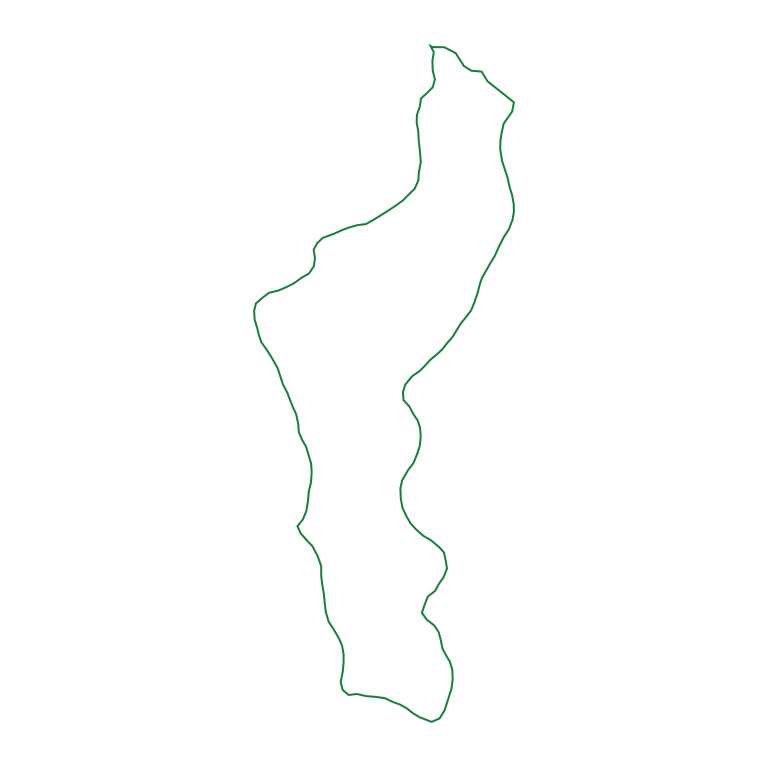 III-3 Lower West Demerara, Essequibo Islands-West Demerara, Guyana
{"feature_id": "73187651B37275521975426", "entity_name": "III-3 Lower West Demerara", "entity_type": "district", "adm_level": 2, "iso_a3": "GUY", "parent_name": "Guyana", "parent_adm1": "Essequibo Islands-West Demerara", "projection": "mercator", "projection_center": [-58.314, 6.498], "detail": "fine", "context": "isolated", "style": "outline", "palette": "green", "viewbox_px": 768, "rotation_deg": 0, "n_neighbors": 0, "source": "geoboundaries", "source_scale": "gbopen_adm2", "svg_char_len": 2378}
<svg xmlns="http://www.w3.org/2000/svg" viewBox="0 0 768 768"><path d="M431.6,721.9L439.5,718.5L444.5,710.5L448.2,699.0L451.4,689.0L452.7,679.7L452.3,669.9L449.9,661.8L446.1,655.3L442.5,648.7L440.9,640.6L438.7,632.2L434.4,625.6L426.7,619.6L421.9,612.8L424.6,604.8L427.8,596.6L435.1,590.9L439.1,583.5L443.6,577.2L447.0,568.6L445.8,561.0L444.0,552.5L439.0,547.0L431.0,540.3L423.6,536.0L415.6,529.0L410.6,523.4L406.8,517.0L402.6,508.1L400.8,498.9L400.4,488.4L402.1,480.4L408.1,470.0L413.6,462.8L417.6,452.7L419.9,445.4L420.7,436.5L420.1,427.9L417.7,420.5L413.1,413.7L409.5,406.7L403.5,400.1L403.0,392.0L405.2,384.7L412.1,376.3L420.1,370.6L425.4,365.2L430.4,359.7L436.6,354.6L442.1,349.5L446.9,343.4L452.6,336.8L456.6,330.3L460.8,323.5L465.7,317.4L471.1,310.4L474.4,302.4L477.6,293.0L479.5,285.4L481.9,278.0L485.7,271.4L490.4,263.0L494.8,255.9L498.7,247.2L503.3,238.0L508.8,229.4L512.6,219.6L513.9,211.6L513.7,203.9L512.1,195.1L509.7,187.5L507.7,178.2L504.4,168.1L502.0,160.7L500.2,148.8L500.4,141.0L501.7,132.5L503.7,123.7L512.2,111.4L513.9,102.3L503.5,94.0L487.4,81.2L481.6,71.6L471.3,70.7L463.9,66.0L455.7,53.1L444.2,47.2L432.7,47.1L430.6,46.1L431.5,47.8L433.8,52.2L432.4,60.8L432.7,70.3L434.9,79.5L432.7,87.3L427.4,92.7L421.0,98.4L419.8,106.6L416.9,115.0L416.7,122.6L418.3,131.7L418.8,141.3L420.0,151.6L420.8,161.9L418.9,172.0L418.3,180.6L414.7,188.6L408.6,194.7L402.8,200.5L395.5,205.8L389.3,209.9L381.0,215.2L374.8,219.0L365.9,224.1L357.7,225.1L348.8,227.5L342.0,230.2L333.3,234.0L322.7,237.9L317.2,243.2L313.6,249.7L315.0,258.2L313.8,266.4L308.9,273.6L301.7,277.6L294.2,283.1L286.2,287.2L278.1,290.7L269.1,292.7L262.4,297.8L256.0,303.3L254.1,310.9L254.7,319.9L257.1,327.6L258.9,335.0L261.3,342.2L267.1,350.2L272.3,358.7L277.7,368.2L280.2,376.0L283.0,384.6L287.4,392.9L290.0,399.9L293.0,407.3L296.2,414.3L298.2,424.0L298.9,432.4L302.1,439.8L306.1,446.8L308.3,454.0L311.1,463.5L311.7,472.3L311.0,482.4L308.8,491.4L308.0,500.9L306.3,511.3L302.7,519.7L297.4,526.3L300.8,533.5L307.0,540.5L312.4,546.1L317.6,556.0L321.2,566.1L321.2,575.9L322.4,585.6L323.9,594.0L324.7,602.8L325.7,611.5L328.5,621.3L334.3,630.4L339.1,638.7L342.1,645.9L343.6,654.3L343.6,662.7L342.8,671.3L340.7,682.0L342.7,690.0L348.7,695.0L356.8,694.0L366.2,696.1L375.0,696.8L384.7,698.1L392.9,702.0L399.9,704.5L406.8,708.4L413.2,713.4L419.8,717.3L431.6,721.9Z" fill="none" stroke="#15803d" stroke-width="2"/></svg>